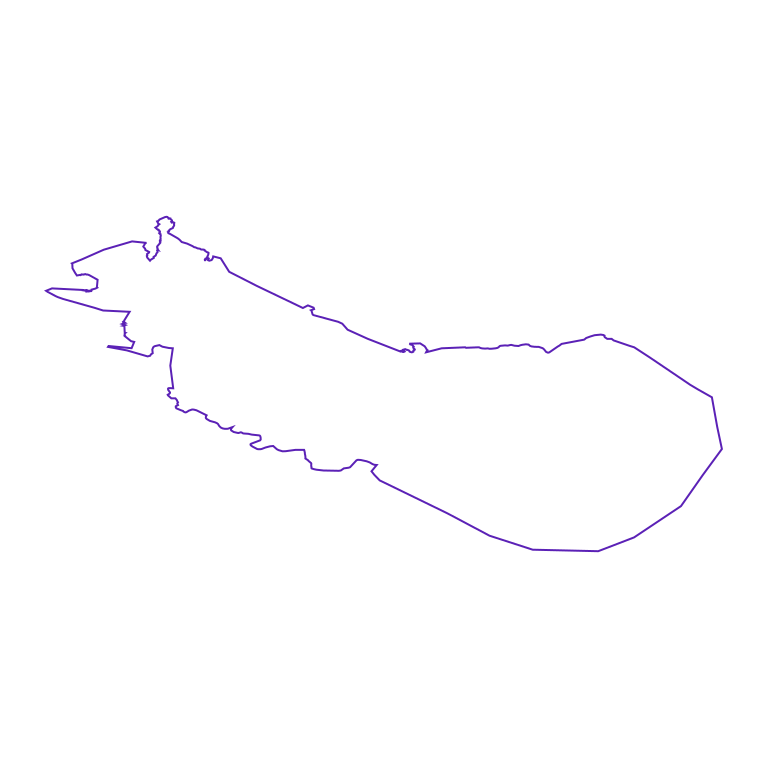 Målselv nor, Troms, Norway
{"feature_id": "86288312B50158709887361", "entity_name": "Målselv nor", "entity_type": "district", "adm_level": 2, "iso_a3": "NOR", "parent_name": "Norway", "parent_adm1": "Troms", "projection": "robinson", "projection_center": [18.576, 68.958], "detail": "fine", "context": "isolated", "style": "outline", "palette": "violet", "viewbox_px": 768, "rotation_deg": 0, "n_neighbors": 0, "source": "geoboundaries", "source_scale": "gbopen_adm2", "svg_char_len": 6024}
<svg xmlns="http://www.w3.org/2000/svg" viewBox="0 0 768 768"><path d="M76.9,275.5L80.2,274.9L80.6,275.1L81.1,274.7L81.5,274.7L81.7,274.4L83.6,274.6L84.0,274.5L83.9,274.4L85.4,274.1L86.3,274.5L87.5,274.5L89.2,275.1L97.6,279.8L96.9,287.2L97.3,287.6L95.4,288.6L92.4,289.4L92.5,289.5L91.6,290.1L90.8,290.4L90.8,290.7L90.7,290.7L90.9,291.1L89.5,291.2L88.9,291.5L88.6,291.3L87.0,291.5L87.2,291.1L88.1,290.6L86.6,290.0L85.8,290.1L86.0,290.2L85.8,290.3L85.9,290.5L86.6,290.8L86.1,291.2L85.4,290.7L84.8,290.6L85.5,290.3L84.5,290.3L83.6,290.0L52.0,288.4L46.1,290.8L47.7,291.9L55.6,296.1L57.8,297.1L63.2,299.0L94.5,307.8L103.1,310.5L129.6,311.8L124.4,320.2L124.1,321.0L123.0,321.9L123.1,322.1L124.3,322.2L125.1,322.8L123.8,322.9L123.6,323.1L123.9,323.4L122.3,324.0L124.1,324.6L123.4,324.7L124.8,324.9L125.3,325.1L123.4,325.8L124.0,325.9L124.4,326.4L124.7,332.3L124.8,332.6L125.4,332.8L124.9,333.1L125.0,333.4L124.7,333.8L124.8,334.0L124.6,334.7L124.8,335.2L124.5,335.7L124.8,335.9L124.7,336.0L124.9,336.2L131.1,341.2L134.2,341.9L131.6,348.2L108.6,346.0L108.0,346.9L126.9,350.4L147.6,356.4L150.2,355.7L150.9,354.4L152.7,353.2L152.3,349.5L153.2,347.3L154.1,346.5L155.0,346.1L159.4,345.1L162.4,346.7L168.9,348.0L172.8,348.3L170.3,365.6L173.2,388.3L169.9,388.1L168.5,388.2L168.2,388.4L168.0,388.8L168.2,389.9L170.0,392.4L170.0,392.9L169.3,393.8L167.7,394.8L168.0,395.4L171.3,398.3L175.4,398.3L177.0,400.3L177.4,401.5L178.0,402.3L177.5,403.1L177.3,403.7L178.0,405.1L176.2,406.0L175.8,406.3L175.7,407.0L176.3,408.3L180.8,410.2L183.1,411.0L183.3,411.4L184.4,412.1L185.4,412.4L186.4,412.2L189.0,410.6L192.1,409.5L193.8,409.6L196.5,410.3L206.6,415.3L206.0,416.3L205.8,417.5L205.9,418.1L206.7,419.0L209.9,420.9L215.0,422.3L217.0,423.2L218.1,424.1L219.0,425.7L219.8,426.6L220.9,427.6L222.6,428.4L224.7,428.8L227.0,428.8L228.0,428.7L232.5,427.1L231.0,428.8L231.0,429.9L231.2,430.4L233.7,432.0L237.6,432.9L238.5,433.0L240.8,432.3L241.6,432.5L242.9,433.3L243.8,433.5L248.3,433.8L251.7,434.6L259.2,435.4L259.9,435.7L260.3,436.3L260.6,437.5L260.7,439.4L260.2,440.3L251.2,443.7L250.6,444.1L250.5,444.7L250.8,445.3L252.4,446.5L257.1,449.0L258.1,449.2L260.4,449.2L261.6,449.0L265.5,447.5L270.1,446.3L273.2,446.0L276.8,449.2L278.5,450.1L282.5,451.3L285.7,451.2L295.2,449.9L304.1,449.9L304.5,451.0L304.5,451.4L304.8,452.4L304.9,453.9L305.3,455.7L305.5,458.0L305.4,458.5L308.1,460.3L308.4,460.8L311.1,463.1L311.3,463.6L311.2,466.0L311.5,467.0L311.4,468.0L311.8,468.5L314.1,469.2L316.4,469.7L323.5,470.5L338.9,470.8L340.8,470.5L343.8,468.4L348.7,467.7L350.1,467.2L356.5,460.3L357.9,459.8L360.8,460.0L366.7,461.3L369.7,462.4L372.5,464.1L374.4,464.8L376.7,465.0L371.5,471.3L374.4,474.9L379.7,480.4L447.3,513.3L489.5,535.7L532.7,549.7L598.2,551.2L634.1,537.4L681.0,506.1L702.8,475.0L721.9,449.0L717.2,426.8L711.9,397.3L698.1,389.5L690.2,384.8L649.4,357.2L634.2,347.3L629.4,345.8L613.6,340.4L611.7,338.9L607.3,338.9L604.8,337.2L604.4,336.5L604.4,336.0L604.5,335.6L603.3,335.0L600.8,334.6L594.6,335.2L590.3,336.5L586.2,338.0L584.4,339.5L583.9,339.7L561.6,343.9L559.4,345.6L557.8,346.5L549.4,352.3L548.7,352.6L547.7,352.6L546.1,351.9L544.1,349.4L542.7,348.2L542.1,348.0L538.8,346.9L534.6,346.8L531.4,346.4L529.9,345.8L528.6,344.6L525.9,344.3L522.2,344.8L520.6,345.2L518.5,346.0L514.5,345.7L511.3,344.9L510.3,345.0L507.8,345.6L505.0,345.4L500.6,345.8L499.7,346.1L498.5,347.3L497.4,347.9L495.6,348.3L491.8,348.7L489.6,348.8L487.8,348.4L485.1,348.6L482.2,348.4L480.4,348.0L479.3,347.4L478.3,347.3L466.0,347.8L465.2,347.3L441.7,348.3L426.1,352.3L426.6,351.3L427.6,350.6L427.6,350.2L426.6,349.4L426.2,348.5L424.7,346.3L420.2,343.4L409.3,343.7L410.4,344.2L410.5,344.5L412.1,344.7L412.3,344.9L412.4,345.3L412.8,345.6L413.7,346.7L413.3,347.1L413.5,347.3L413.4,347.8L413.6,348.4L414.3,348.8L414.8,349.4L414.7,349.8L413.4,350.5L413.2,351.2L413.4,351.6L412.7,352.1L411.6,352.3L410.1,351.9L409.5,351.5L409.4,350.9L409.0,350.5L407.5,349.9L406.4,349.8L405.6,349.2L405.0,349.2L403.3,349.7L403.7,350.5L404.6,351.5L403.6,352.0L402.7,351.9L402.5,351.5L402.6,350.7L401.9,350.6L401.2,350.8L401.7,351.4L401.5,351.5L400.6,351.6L367.7,338.8L347.6,329.7L342.3,323.7L338.2,321.8L313.4,315.1L312.6,314.4L311.4,310.4L311.1,310.2L314.1,309.1L313.6,307.7L307.9,305.4L302.9,308.0L256.6,285.8L229.2,271.8L220.7,258.3L213.2,256.4L212.7,258.5L212.0,259.4L211.9,259.7L211.5,260.1L209.3,260.7L208.1,260.2L208.2,259.4L208.7,258.5L207.9,258.0L207.4,258.1L206.4,258.8L205.3,260.2L204.9,260.2L204.8,259.8L205.4,259.2L205.2,259.0L205.4,258.7L205.8,258.9L206.8,258.3L207.0,257.9L206.9,257.3L207.6,256.7L207.6,256.0L208.3,254.6L208.4,253.4L208.6,253.0L208.1,252.5L206.9,252.1L204.6,250.5L204.6,250.0L203.8,249.6L201.1,249.5L199.9,248.7L197.6,248.4L195.5,247.4L194.2,247.2L192.5,246.1L187.1,243.6L181.7,242.0L179.5,239.7L177.7,238.3L170.2,234.0L168.4,233.2L168.4,232.7L167.9,232.0L168.8,231.4L168.6,231.0L169.3,230.5L169.3,230.1L170.3,229.2L172.7,228.1L173.1,227.7L173.2,226.8L174.0,225.8L174.2,225.1L174.0,224.3L174.3,222.8L173.5,222.3L171.7,222.6L171.2,221.8L172.0,221.3L172.0,220.4L170.4,218.9L170.4,218.5L169.9,218.4L169.6,218.7L168.7,218.7L168.6,218.0L167.8,217.6L167.5,217.0L166.5,216.8L165.0,217.1L159.5,219.5L159.2,220.0L158.6,220.4L158.3,221.0L157.1,221.4L158.3,223.6L159.3,224.2L158.1,225.2L157.9,225.8L157.0,226.6L155.4,227.6L157.0,229.1L158.6,229.8L158.5,230.4L159.9,231.3L160.0,232.0L159.6,232.4L159.6,232.9L159.2,233.2L159.9,234.0L160.5,234.1L160.8,235.9L160.6,236.2L160.5,236.7L160.5,238.1L160.7,239.0L160.1,240.0L160.5,240.4L160.0,240.9L160.2,241.1L160.0,241.7L160.4,241.8L160.3,242.8L157.2,246.4L157.1,247.1L157.4,247.7L157.3,248.2L157.7,248.7L157.6,249.2L158.1,249.9L157.6,249.7L157.1,250.4L157.5,251.4L157.5,252.3L156.5,253.3L155.7,255.5L153.6,256.9L153.8,257.9L150.7,259.8L150.0,260.7L147.2,257.5L146.8,256.0L147.3,255.6L147.0,254.1L149.1,252.5L149.2,252.0L145.4,250.0L145.1,248.6L143.7,247.2L143.3,246.5L144.7,244.3L144.8,243.3L146.5,242.9L132.1,241.4L103.8,249.7L81.6,259.5L71.9,263.4L72.3,263.8L72.5,268.3L75.2,273.0L76.9,275.5Z" fill="none" stroke="#5b21b6" stroke-width="2"/></svg>